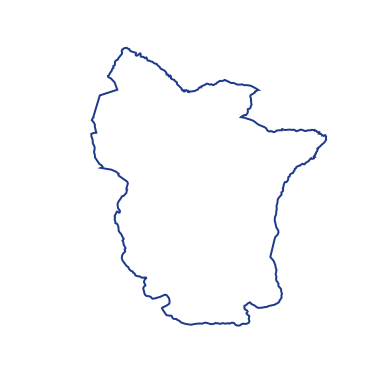 Anolaima, Cundinamarca, Colombia, rotated 117°
{"feature_id": "7082276B71021669842786", "entity_name": "Anolaima", "entity_type": "district", "adm_level": 2, "iso_a3": "COL", "parent_name": "Colombia", "parent_adm1": "Cundinamarca", "projection": "robinson", "projection_center": [-74.474, 4.788], "detail": "fine", "context": "isolated", "style": "outline", "palette": "blue", "viewbox_px": 384, "rotation_deg": 117, "n_neighbors": 0, "source": "geoboundaries", "source_scale": "gbopen_adm2", "svg_char_len": 5911}
<svg xmlns="http://www.w3.org/2000/svg" viewBox="0 0 384 384"><g transform="rotate(117 192 192)"><path d="M96.7,318.8L98.4,318.6L99.7,317.4L101.0,317.2L106.4,318.4L107.5,318.1L108.7,319.1L110.7,319.8L114.0,318.4L115.8,319.3L117.2,318.3L118.5,318.9L121.1,318.6L122.7,319.0L125.4,319.0L126.7,319.6L127.6,318.8L127.6,315.9L129.4,310.8L134.8,305.0L147.8,318.0L169.9,314.0L170.4,313.6L171.1,314.0L173.5,313.9L174.3,311.7L175.9,309.3L176.6,308.8L177.9,308.3L182.6,304.2L183.5,305.7L185.8,308.1L188.0,307.0L190.5,304.3L193.7,302.4L195.3,300.1L196.6,298.9L199.2,297.8L200.7,297.6L203.1,295.4L205.3,294.0L209.1,287.2L209.2,284.9L210.1,283.1L210.8,283.1L211.8,284.0L208.7,273.9L208.4,268.8L209.1,265.5L209.9,265.6L210.7,264.8L212.0,255.5L212.3,254.3L213.5,253.0L218.5,252.1L219.1,251.8L219.2,250.9L220.5,250.9L221.0,250.5L222.6,250.1L226.1,251.0L227.8,252.5L229.6,252.5L233.8,253.1L236.2,253.0L238.6,251.6L240.1,250.3L241.5,247.6L242.8,247.2L243.3,247.2L243.6,247.7L243.3,249.3L243.6,250.0L248.7,250.0L249.6,249.0L251.5,248.5L253.4,246.6L254.4,246.3L254.5,244.1L254.8,243.6L256.4,241.8L259.9,239.7L261.1,237.6L261.5,236.2L264.3,232.5L264.7,231.6L265.5,231.5L266.8,231.9L268.2,230.2L270.0,228.9L272.1,225.8L272.9,225.6L273.6,226.0L275.4,224.5L278.1,225.4L280.5,225.4L282.9,224.5L284.7,222.6L287.6,216.7L287.9,214.4L289.0,213.5L289.9,211.0L290.0,210.2L289.7,208.9L290.7,207.6L290.6,206.3L292.0,204.5L291.6,201.6L291.1,201.0L291.0,199.2L291.2,198.0L289.1,194.2L289.5,193.7L291.4,194.4L294.0,194.0L295.2,192.6L295.8,191.5L296.6,191.1L298.4,191.9L299.9,191.7L301.2,190.8L302.3,189.5L303.4,188.9L304.8,187.3L305.2,186.2L305.1,184.6L304.5,183.5L304.2,181.8L304.3,180.8L305.0,179.1L304.9,178.4L303.2,176.3L299.8,172.7L295.9,169.6L295.4,168.1L295.8,166.9L296.9,164.5L297.9,163.5L300.0,162.1L301.5,161.6L302.2,161.7L304.9,163.2L308.4,165.9L309.1,166.1L310.1,164.7L313.3,158.9L312.4,155.8L311.8,154.9L311.6,154.0L312.9,152.4L313.4,150.9L312.2,147.9L312.6,147.3L312.5,144.6L313.2,142.7L312.8,139.7L312.4,137.6L310.7,132.6L308.0,129.2L305.7,125.5L304.7,123.2L302.6,121.1L302.1,120.2L301.1,115.0L299.4,112.5L297.9,111.5L297.9,110.7L297.1,109.1L297.0,107.8L296.2,106.4L295.4,105.7L294.7,104.6L294.4,102.9L292.4,100.0L292.4,99.0L290.7,97.5L290.0,96.3L289.7,95.1L290.5,93.2L290.6,91.8L289.8,89.6L288.8,88.5L287.2,87.8L286.5,87.2L284.9,83.8L282.8,82.1L281.8,82.1L281.0,82.2L279.3,83.9L277.0,84.4L276.4,84.9L276.0,87.2L275.4,88.4L273.3,88.1L272.6,89.4L272.6,90.7L272.2,92.2L270.9,92.8L270.3,93.4L269.5,93.6L268.2,92.5L265.8,91.6L264.1,90.4L264.0,89.9L264.8,88.3L264.7,84.8L265.3,81.7L265.0,80.0L263.6,77.6L261.0,74.2L260.5,73.1L258.9,72.1L255.1,67.4L251.7,65.0L250.2,64.4L249.3,64.7L245.6,64.2L243.5,65.4L241.8,65.6L240.2,67.3L238.4,68.4L237.8,69.0L236.7,72.1L236.0,72.7L234.4,73.3L233.5,74.8L232.8,76.5L231.2,77.7L229.3,78.2L227.8,79.7L226.9,80.3L224.3,80.9L222.6,81.7L221.6,82.9L219.2,84.7L216.3,88.0L214.4,92.6L214.0,92.8L196.1,97.1L194.1,97.3L191.0,96.3L188.8,96.6L187.1,97.7L185.3,100.7L179.5,105.6L176.6,106.7L174.1,106.9L172.5,107.4L170.8,108.2L169.3,108.5L165.7,110.5L163.8,110.7L159.5,112.2L157.3,112.0L153.8,111.0L151.7,112.2L150.4,111.5L149.6,111.5L148.3,112.0L147.9,112.6L147.0,112.6L146.5,113.0L145.7,112.9L143.9,113.6L141.5,113.7L141.0,113.7L140.2,112.3L139.6,112.1L137.5,111.9L135.1,112.9L133.8,112.1L132.7,112.5L131.1,112.3L128.9,110.6L127.1,110.8L126.2,110.4L124.7,110.9L123.2,110.1L122.3,110.3L120.2,108.8L119.8,108.0L118.8,107.7L116.7,106.3L116.5,104.7L115.7,104.1L114.4,104.0L111.7,102.2L108.4,101.5L107.8,101.2L108.1,100.4L107.4,99.2L106.7,98.7L105.6,99.4L105.2,98.7L105.0,99.2L104.2,99.5L103.5,98.9L102.1,99.4L101.5,99.0L100.3,99.4L98.9,99.0L97.1,99.5L96.6,100.0L96.2,99.9L96.1,99.4L95.2,99.6L94.4,99.0L90.7,97.8L88.3,96.7L86.6,96.4L84.5,96.2L82.7,97.4L81.9,97.5L81.0,98.8L80.9,99.3L82.3,100.1L82.1,101.3L82.6,101.8L82.1,102.3L81.8,103.1L82.4,105.4L81.4,105.2L80.8,105.6L81.5,106.7L81.7,107.8L81.2,108.4L81.2,110.0L81.7,110.5L81.1,111.1L81.7,112.0L82.3,113.7L83.2,114.3L83.9,116.0L84.6,116.6L84.9,117.4L85.9,118.1L86.4,119.3L86.5,121.2L87.1,123.6L88.8,124.8L89.4,125.8L90.3,126.3L90.5,127.4L90.1,128.6L90.2,129.4L91.5,131.6L91.8,132.7L92.7,134.4L94.6,137.3L95.1,140.3L96.3,140.0L96.9,141.5L98.8,144.4L100.8,145.5L101.5,146.2L101.8,149.1L102.8,150.3L103.1,151.3L102.8,153.1L101.7,154.6L101.5,155.3L101.3,156.5L101.8,163.4L100.7,169.7L101.1,173.6L101.7,176.3L101.8,178.4L103.1,182.4L102.5,182.2L99.8,180.4L98.8,178.7L96.6,178.4L95.5,178.5L92.9,179.9L91.7,178.6L90.3,178.1L89.0,178.6L87.0,178.6L85.8,179.7L83.9,180.7L83.8,181.1L81.9,181.8L81.1,183.0L79.7,183.7L79.1,183.7L74.9,181.2L73.9,181.5L72.5,180.3L71.6,180.5L71.0,179.4L70.7,181.8L70.6,187.7L70.9,188.7L71.9,191.7L73.1,194.0L73.3,196.1L74.6,198.1L75.7,200.4L76.0,204.6L77.1,206.5L77.1,209.0L77.3,209.3L77.0,210.4L77.4,211.4L77.1,212.7L77.3,213.0L77.4,213.9L78.4,214.4L79.8,216.2L80.1,217.2L80.6,217.8L82.2,218.6L82.9,219.2L84.7,219.7L85.6,220.6L86.9,221.4L87.3,222.3L87.2,223.7L88.3,225.0L88.3,226.5L88.8,228.1L90.3,228.9L93.6,231.6L94.6,231.3L95.0,232.3L95.7,233.0L98.1,233.3L99.2,234.4L100.6,235.2L103.4,239.3L103.9,240.5L104.5,240.3L104.6,240.9L103.6,241.1L103.5,241.4L104.0,242.4L103.9,243.4L105.7,244.2L106.1,244.7L106.0,245.3L105.2,245.5L105.6,246.0L105.4,246.9L105.6,247.4L104.5,248.3L102.7,254.2L102.3,254.7L101.5,255.0L101.0,255.8L100.9,257.5L100.2,258.6L100.6,261.6L100.3,262.3L98.6,263.2L98.2,263.8L98.1,264.3L98.4,264.6L99.3,264.5L99.6,264.9L99.4,265.5L98.3,266.6L98.3,267.2L98.8,267.7L98.9,268.1L97.6,268.8L96.6,270.6L96.3,271.7L96.3,276.0L95.3,277.5L94.6,280.6L94.0,281.3L94.5,284.4L93.9,286.3L94.4,288.1L94.3,289.5L94.9,290.9L94.6,291.8L93.1,293.2L92.9,293.7L93.0,294.1L94.1,294.6L93.7,296.9L94.6,298.6L94.2,299.5L92.2,300.5L92.0,301.0L92.1,301.3L95.1,302.6L95.8,303.5L95.5,304.4L93.7,304.9L93.5,305.2L94.3,310.0L94.1,311.8L93.2,312.7L93.4,314.5L93.1,315.5L94.6,317.7L96.6,318.4L96.7,318.8Z" fill="none" stroke="#1e3a8a" stroke-width="2"/></g></svg>